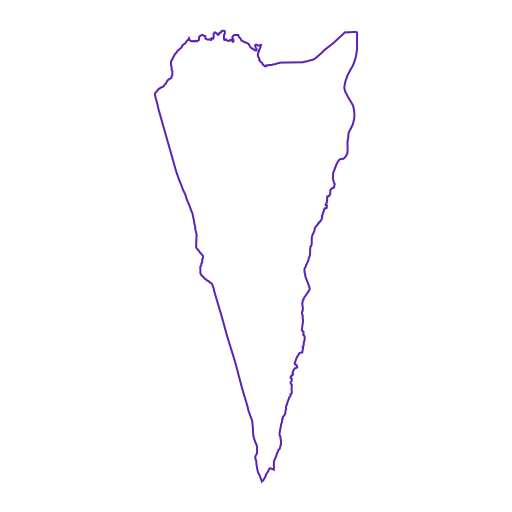 Be'er Sheva, HaDarom, Israel (Equal Earth projection)
{"feature_id": "584046B9730835639199", "entity_name": "Be'er Sheva", "entity_type": "district", "adm_level": 2, "iso_a3": "ISR", "parent_name": "Israel", "parent_adm1": "HaDarom", "projection": "equal_earth", "projection_center": [34.955, 30.496], "detail": "fine", "context": "isolated", "style": "outline", "palette": "violet", "viewbox_px": 512, "rotation_deg": 0, "n_neighbors": 0, "source": "geoboundaries", "source_scale": "gbopen_adm2", "svg_char_len": 5922}
<svg xmlns="http://www.w3.org/2000/svg" viewBox="0 0 512 512"><path d="M261.0,45.0L259.0,45.5L257.7,45.5L256.9,44.7L255.7,44.7L255.2,45.2L255.2,45.8L255.7,47.7L256.5,48.8L256.5,50.2L256.3,50.5L254.7,50.3L252.9,48.7L251.7,48.5L251.4,47.9L250.6,47.3L249.6,45.9L249.4,45.1L249.0,44.7L248.8,44.0L247.5,43.4L246.7,42.7L245.1,42.6L244.3,41.9L243.0,41.4L242.4,40.8L241.3,40.4L240.7,38.8L238.8,36.8L238.2,35.0L234.3,35.0L233.6,35.4L232.5,36.6L232.4,37.9L233.3,39.5L233.5,40.6L233.5,41.3L233.1,41.8L232.7,41.8L231.9,40.2L231.1,39.9L230.2,39.9L229.8,40.8L228.3,40.9L227.2,40.6L225.8,39.3L225.5,39.3L224.9,40.0L224.4,39.8L224.1,39.7L223.9,38.8L223.9,37.0L224.1,34.7L224.8,33.9L224.8,31.6L224.7,31.1L224.3,30.9L222.8,30.7L221.6,31.1L221.2,32.1L220.6,32.2L220.2,33.0L218.8,33.4L218.6,34.8L217.9,34.9L217.3,34.0L215.6,32.7L214.8,32.3L214.5,32.5L214.0,33.7L213.5,34.0L213.7,35.9L213.7,37.4L213.2,38.6L212.0,38.1L211.6,38.1L211.3,39.9L210.7,40.0L209.7,39.3L208.2,39.7L205.8,38.9L205.4,38.4L205.4,36.6L205.0,35.9L203.6,35.8L202.6,35.0L201.8,34.9L200.0,36.0L199.7,36.6L199.3,36.8L198.9,37.3L199.1,39.8L197.3,41.3L196.3,40.8L195.6,40.8L194.8,41.5L194.3,41.5L193.8,41.0L193.2,40.9L192.1,41.4L189.8,40.5L189.0,38.3L188.5,39.2L186.3,41.7L185.5,43.1L182.5,45.3L181.7,47.1L181.1,47.9L180.0,48.6L178.5,50.2L177.5,50.8L177.1,51.6L175.0,54.3L174.4,54.8L174.1,55.9L172.5,58.5L172.4,59.4L171.6,60.1L171.0,62.1L171.1,65.6L171.7,67.6L171.6,69.8L172.4,71.2L172.4,73.7L172.3,75.0L171.6,76.5L171.4,77.6L171.0,78.2L168.3,79.6L168.0,80.2L167.5,80.5L166.7,81.7L166.1,83.4L164.8,84.4L163.8,86.0L162.7,86.9L161.1,87.4L160.4,88.1L159.9,88.1L159.2,88.9L158.2,89.3L157.2,91.0L155.9,92.2L154.9,93.7L155.5,97.3L157.0,102.6L158.5,109.2L176.4,172.2L179.8,181.7L181.0,184.2L183.0,189.8L185.5,195.0L186.4,198.4L189.8,206.4L191.1,210.4L192.4,213.2L194.1,221.4L194.5,224.3L195.1,226.1L195.3,229.3L196.3,233.4L196.6,234.3L196.1,247.0L196.5,248.1L199.3,251.3L199.7,252.3L201.2,253.6L201.7,254.6L202.7,255.4L202.9,255.9L203.0,257.9L202.8,258.6L202.3,259.1L202.1,260.3L202.3,261.9L201.9,262.9L201.4,263.3L201.2,265.3L200.3,266.7L200.4,273.4L201.2,274.6L201.4,275.4L203.2,276.7L204.5,278.5L205.6,279.1L207.2,280.6L208.5,281.0L210.0,282.6L210.7,282.7L211.7,283.7L212.4,284.9L212.7,286.1L213.4,287.4L214.4,291.9L221.1,314.3L227.2,336.4L235.2,362.2L241.8,387.2L247.7,407.1L248.2,409.8L250.6,416.7L251.2,417.9L251.5,419.3L252.1,420.5L252.9,427.9L253.0,432.1L253.5,436.7L255.3,442.2L256.3,444.1L257.1,446.9L256.9,453.7L256.1,454.9L255.1,457.4L256.3,461.3L256.4,464.2L257.5,470.4L258.1,472.5L259.6,475.4L261.8,481.3L262.0,480.9L263.2,480.5L265.7,476.0L266.0,474.4L268.3,471.1L269.0,469.3L270.0,468.2L273.9,469.6L273.9,462.3L274.3,460.2L275.0,459.3L275.4,457.8L275.8,457.1L276.7,454.5L277.1,453.1L278.3,450.8L278.5,449.8L279.5,449.1L279.9,448.1L280.9,444.4L281.1,441.2L281.0,439.9L280.5,438.8L280.3,436.2L279.5,435.1L279.6,433.1L280.3,428.7L280.9,426.6L281.1,424.3L281.8,422.6L282.3,419.0L282.7,418.8L282.8,417.4L283.1,416.6L283.6,416.2L284.2,415.2L284.6,415.0L285.1,413.8L285.6,410.5L286.2,409.0L285.9,407.3L286.4,405.4L286.7,404.7L287.1,404.4L287.3,402.6L287.9,401.3L288.3,400.0L288.7,399.5L288.9,398.0L290.4,396.0L290.6,395.3L290.5,394.3L291.5,393.5L291.7,392.9L291.8,391.7L291.6,389.8L291.8,384.8L291.5,384.2L290.9,383.9L290.6,383.3L290.7,382.2L291.7,380.8L291.9,379.8L291.7,378.7L290.6,378.0L290.6,377.1L290.8,376.4L291.4,376.2L291.7,375.4L292.6,375.1L292.9,374.5L293.0,373.8L292.5,373.1L292.6,372.5L294.4,368.7L295.8,367.9L296.7,367.8L297.2,367.2L297.2,366.4L296.7,365.4L296.1,365.1L295.9,364.6L295.0,364.3L294.7,363.6L294.8,362.8L296.9,357.1L297.2,357.0L297.7,356.0L299.4,353.2L299.8,352.9L302.3,352.5L302.5,350.6L303.2,347.9L302.6,347.2L303.6,345.4L303.9,342.1L304.8,339.2L304.5,338.1L304.7,336.8L304.1,335.5L303.2,334.8L303.2,334.4L303.6,333.7L303.5,331.9L303.0,331.7L302.7,330.9L302.0,330.5L301.9,329.4L303.1,320.6L303.1,319.9L302.6,318.5L302.8,317.1L302.6,315.4L302.0,313.3L302.0,311.9L302.2,311.4L302.6,311.1L302.9,308.5L302.2,303.2L302.7,302.0L302.7,300.7L303.0,300.1L303.5,299.6L303.8,298.2L307.4,293.1L309.6,289.6L309.7,288.9L309.2,286.5L305.4,276.6L305.0,273.6L304.5,272.3L304.5,268.7L305.8,266.4L306.1,265.0L306.9,263.7L307.8,261.5L307.9,260.9L308.5,260.2L308.8,258.3L310.0,255.2L310.2,248.3L310.5,246.6L311.2,246.0L311.7,243.9L311.8,237.5L312.3,235.4L314.4,230.9L314.7,228.6L315.6,226.9L317.8,224.4L318.3,223.2L318.7,223.2L319.0,222.4L319.5,222.2L319.9,221.4L320.5,221.1L321.3,220.0L322.3,217.1L321.8,216.0L322.9,214.3L322.8,213.4L323.3,212.1L323.6,211.9L323.9,209.9L324.1,209.4L324.6,209.2L324.7,208.5L325.0,208.2L326.2,208.2L326.7,207.9L326.9,205.7L326.6,205.7L325.6,205.0L325.7,204.4L326.0,204.4L326.4,203.7L326.4,203.1L327.1,201.7L327.2,196.6L328.0,196.6L328.3,196.0L329.4,195.7L329.9,194.6L330.2,193.9L330.4,189.9L330.7,189.5L331.7,188.8L332.1,188.1L333.7,187.8L334.0,187.5L334.7,183.9L333.9,182.4L332.9,178.5L333.2,172.7L334.0,171.0L334.4,169.6L334.7,169.3L335.0,167.8L335.7,166.7L336.4,164.5L337.8,161.8L339.3,159.8L340.2,159.1L343.5,158.8L344.4,157.8L345.2,157.2L347.2,153.9L347.6,150.2L347.5,142.5L347.6,140.9L348.3,137.6L348.4,134.1L348.8,132.5L351.7,126.7L352.8,124.3L353.3,122.5L354.2,118.9L354.4,115.0L354.3,111.9L353.4,106.8L352.7,104.9L348.0,97.0L346.1,93.1L345.4,92.2L344.3,88.2L344.4,86.3L345.3,81.7L347.7,74.9L351.7,67.5L352.7,66.1L354.6,61.0L355.7,57.4L356.6,52.6L357.1,48.3L357.0,38.7L357.1,33.1L357.0,32.4L355.4,31.9L346.8,32.4L345.8,32.2L345.0,32.3L333.0,43.4L324.7,49.8L321.5,53.0L315.7,58.1L313.3,59.6L309.1,60.6L306.6,61.5L304.6,61.6L302.8,62.3L280.2,62.6L279.0,63.2L277.3,63.2L275.7,64.1L273.3,64.4L271.3,65.1L269.0,64.9L267.3,65.6L266.5,65.3L266.2,66.1L265.7,66.4L265.2,66.4L262.7,64.5L262.5,63.6L261.7,62.6L260.9,62.1L260.1,61.1L260.0,60.5L259.4,60.3L259.2,60.0L259.1,58.0L258.3,57.0L257.8,55.8L258.3,52.2L258.5,51.7L258.9,51.4L259.1,49.8L259.8,49.2L259.9,48.3L260.4,47.3L261.0,45.0Z" fill="none" stroke="#5b21b6" stroke-width="2"/></svg>